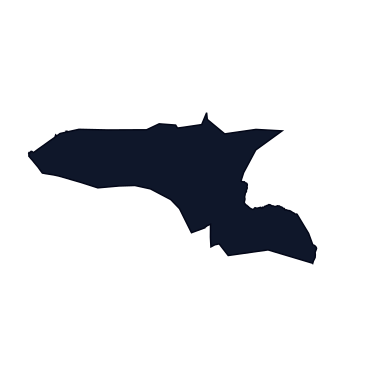 San Francisco Teopan, Oaxaca, Mexico (Natural Earth projection), rotated 143°
{"feature_id": "50627088B43256659786300", "entity_name": "San Francisco Teopan", "entity_type": "district", "adm_level": 2, "iso_a3": "MEX", "parent_name": "Mexico", "parent_adm1": "Oaxaca", "projection": "natural_earth1", "projection_center": [-97.547, 17.899], "detail": "fine", "context": "isolated", "style": "filled", "palette": "ink", "viewbox_px": 384, "rotation_deg": 143, "n_neighbors": 0, "source": "geoboundaries", "source_scale": "gbopen_adm2", "svg_char_len": 2448}
<svg xmlns="http://www.w3.org/2000/svg" viewBox="0 0 384 384"><g transform="rotate(143 192 192)"><path d="M121.5,111.0L121.9,111.6L122.8,112.1L123.1,112.4L123.1,113.1L123.3,113.9L124.0,115.1L124.3,116.2L124.7,117.2L125.2,118.3L125.9,118.9L126.8,120.0L127.1,120.5L127.4,121.0L128.4,121.6L128.5,121.9L128.2,123.2L129.2,124.5L129.2,125.4L129.6,126.2L130.3,126.9L130.6,128.2L131.2,128.7L132.2,129.7L133.2,129.7L134.8,130.7L135.6,132.1L136.6,132.9L137.2,134.6L138.2,135.7L140.0,135.9L140.9,136.4L141.9,136.2L142.6,136.8L143.8,136.6L144.5,136.6L145.0,137.5L146.1,136.9L146.7,138.7L147.8,138.9L148.6,139.4L149.1,139.6L149.7,139.6L151.1,141.5L151.9,141.5L153.2,141.1L153.9,141.4L154.6,142.4L155.6,144.7L155.8,145.8L155.8,146.5L156.1,147.1L156.2,147.5L156.2,148.0L156.4,148.9L157.0,149.5L156.7,150.8L156.7,152.2L155.2,153.4L154.4,154.0L154.1,154.4L153.7,154.9L153.3,155.8L152.4,157.0L151.4,157.7L151.0,158.1L150.6,158.6L149.7,159.2L149.3,159.2L148.2,159.7L147.4,160.8L145.9,161.6L145.3,162.2L145.1,162.9L144.3,163.7L143.6,164.3L143.2,165.0L143.2,165.6L143.1,166.0L143.4,166.6L143.9,167.1L144.0,167.5L144.0,167.9L144.0,168.4L144.1,168.8L144.3,169.0L144.8,169.0L145.2,169.3L145.5,170.0L146.1,170.6L146.3,171.3L139.1,176.4L115.8,187.2L83.3,186.6L103.3,203.5L130.9,218.7L136.0,240.1L135.8,241.3L132.6,246.5L143.7,240.0L160.0,248.9L165.1,251.8L164.8,255.3L177.2,266.2L190.8,269.0L221.9,292.2L244.6,310.1L249.4,312.3L255.1,314.9L255.2,315.8L255.8,316.1L255.6,315.1L260.4,317.3L262.2,318.1L266.7,318.2L266.4,318.9L266.5,319.6L268.6,318.2L274.1,318.4L278.8,318.5L283.2,318.6L286.4,318.7L289.7,318.8L292.6,318.8L294.9,318.9L295.1,319.5L295.3,320.0L295.4,320.6L296.0,321.3L296.6,321.2L297.4,321.2L297.6,321.0L297.9,320.8L298.2,321.3L298.5,321.6L299.4,320.9L300.1,319.0L300.4,319.2L300.7,318.9L300.5,314.7L300.4,314.1L300.3,311.8L300.3,311.7L300.3,310.8L300.2,309.1L300.1,306.4L300.0,305.3L300.0,303.8L300.1,300.5L300.1,297.2L298.8,295.8L298.0,294.9L294.7,291.5L292.1,288.8L288.9,285.1L274.8,266.3L264.7,252.0L246.6,240.7L233.7,231.6L223.3,219.5L213.5,198.7L212.0,186.2L216.9,159.8L203.3,155.7L203.1,156.0L201.0,155.9L200.2,156.2L200.0,155.9L197.6,155.4L196.6,155.1L204.4,144.9L209.9,136.8L205.5,136.1L201.5,134.2L201.3,119.5L166.1,100.0L138.5,62.5L138.5,62.4L136.5,63.9L134.8,64.7L133.1,65.6L131.4,67.5L129.9,69.8L127.4,71.3L126.4,72.1L126.1,73.1L126.1,74.4L126.4,75.6L127.3,77.2L123.8,88.8L121.5,111.0Z" fill="#0f172a" stroke="#020617" stroke-width="1.5"/></g></svg>